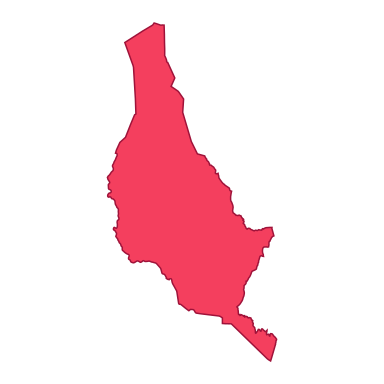 outline of Kilome, Eastern, Kenya
{"feature_id": "3690345B81435991527602", "entity_name": "Kilome", "entity_type": "district", "adm_level": 2, "iso_a3": "KEN", "parent_name": "Kenya", "parent_adm1": "Eastern", "projection": "equal_earth", "projection_center": [37.318, -1.832], "detail": "fine", "context": "isolated", "style": "filled", "palette": "rose", "viewbox_px": 384, "rotation_deg": 0, "n_neighbors": 0, "source": "geoboundaries", "source_scale": "gbopen_adm2", "svg_char_len": 6104}
<svg xmlns="http://www.w3.org/2000/svg" viewBox="0 0 384 384"><path d="M182.7,112.4L183.6,99.0L178.3,91.4L171.1,86.4L174.8,78.0L167.7,62.4L167.3,62.3L166.8,61.9L166.6,61.4L166.6,60.3L165.9,58.3L164.6,55.4L164.7,54.6L164.7,48.8L164.5,42.4L164.4,34.4L164.1,25.1L161.9,25.0L161.3,25.2L160.8,25.2L156.5,23.7L154.1,23.0L153.4,24.1L152.6,25.1L142.9,30.9L124.8,42.5L133.1,65.6L133.5,67.3L135.4,98.8L135.9,114.0L134.6,114.8L130.6,124.4L125.5,137.3L119.9,142.4L116.4,150.1L115.5,153.2L116.7,153.5L117.1,154.1L117.2,155.1L117.0,155.9L116.3,157.3L115.3,159.9L114.2,161.7L113.5,163.7L112.7,165.0L112.5,165.6L112.5,166.3L113.3,168.2L113.3,169.5L113.1,170.3L112.8,170.8L111.8,171.7L111.3,172.2L109.6,174.8L108.1,176.2L107.4,177.5L107.7,178.0L107.7,178.6L107.9,179.2L108.7,180.6L109.3,181.4L109.6,182.0L109.7,182.6L109.5,183.2L108.5,184.3L108.3,184.9L108.5,188.5L108.8,189.1L109.2,189.4L110.4,189.8L110.9,190.3L111.2,190.9L111.2,191.8L110.9,192.4L110.5,192.8L109.5,193.0L109.0,193.2L108.5,193.7L107.9,194.6L107.7,195.2L107.7,196.2L108.0,196.8L108.4,197.1L109.1,197.1L109.8,196.8L110.3,196.9L110.8,197.2L111.6,198.5L112.1,198.8L113.1,198.9L113.6,199.3L114.2,199.9L114.9,200.9L115.3,203.9L115.5,204.5L116.6,206.4L116.8,207.2L117.4,207.9L117.9,208.3L118.2,208.9L118.4,209.7L118.3,211.7L118.5,213.9L118.1,215.8L118.4,216.8L118.9,218.0L118.9,218.6L118.8,219.4L118.5,219.8L117.7,220.3L117.3,220.9L117.1,222.1L117.4,224.6L117.3,226.6L117.1,227.3L116.7,228.0L116.2,228.3L115.7,228.1L114.7,227.5L114.2,227.4L113.7,227.9L113.5,228.5L113.4,229.1L113.7,229.9L114.9,230.6L116.5,233.2L116.5,234.0L116.2,235.5L115.8,236.2L116.1,236.9L117.3,238.5L117.7,238.9L117.8,239.6L118.1,240.3L118.9,241.5L119.2,242.6L120.5,243.9L120.8,244.7L121.1,245.9L122.0,246.9L122.3,247.6L122.2,249.2L122.3,249.9L122.6,250.5L123.5,251.1L124.4,252.1L125.7,253.1L127.2,254.0L128.4,254.4L128.9,254.8L129.2,255.7L129.1,256.3L128.6,257.5L128.5,258.4L128.7,259.2L130.0,260.0L130.3,260.6L130.8,261.8L131.6,262.3L133.1,262.8L133.8,262.8L134.9,262.3L136.6,261.2L137.2,261.0L137.9,261.0L138.7,261.3L140.3,262.3L141.0,262.2L141.9,261.7L142.9,260.8L143.5,260.7L145.1,261.5L147.2,261.4L148.7,261.1L149.7,261.2L151.5,262.0L152.8,262.2L154.0,262.6L155.7,263.0L156.7,263.8L160.3,267.9L160.7,268.6L161.0,269.4L161.8,272.5L162.0,273.2L162.3,273.6L162.8,273.9L164.0,274.2L164.7,274.7L165.2,275.4L166.4,277.7L166.2,278.2L167.1,279.0L168.2,279.5L169.2,279.6L169.2,279.1L170.2,278.8L170.9,278.7L171.3,279.0L171.7,279.9L172.1,282.1L172.6,283.6L176.6,290.8L176.9,292.0L178.6,303.2L178.9,303.9L179.3,304.2L180.5,304.3L181.2,304.7L185.6,308.3L188.8,310.7L189.3,310.5L190.2,309.6L190.6,309.4L193.2,309.6L193.7,309.9L194.1,310.3L195.2,312.2L195.7,312.8L196.3,313.1L200.1,313.7L219.0,316.0L220.2,316.4L222.4,317.9L222.4,323.5L225.2,323.7L230.8,323.8L231.4,323.9L267.3,358.8L268.5,359.7L270.6,361.0L271.6,357.8L275.4,344.7L275.6,344.1L275.5,343.6L275.9,342.2L276.0,340.8L276.5,340.0L276.6,339.2L276.1,338.6L275.3,337.3L274.3,336.6L272.4,334.1L272.0,333.8L270.7,333.6L270.3,333.9L270.0,334.7L270.0,335.5L269.8,336.1L269.4,335.9L268.8,334.5L268.4,334.2L268.0,334.3L266.7,334.7L266.5,334.3L266.5,333.6L266.6,332.4L266.9,331.4L267.0,330.3L265.9,331.4L265.4,331.6L264.9,331.4L264.5,330.9L263.6,330.2L262.6,329.1L262.0,328.8L261.6,329.1L260.9,331.2L260.4,331.1L260.2,330.4L259.3,329.5L258.8,329.3L258.2,329.5L258.0,330.2L257.2,331.5L256.8,331.9L256.4,332.7L255.8,333.2L255.4,332.9L255.4,332.0L255.2,329.9L254.9,328.9L254.7,327.7L253.4,326.2L253.0,325.6L253.0,324.5L253.3,324.0L253.2,323.1L252.7,322.8L252.4,322.0L252.5,321.3L252.8,320.8L252.4,320.3L251.8,320.1L251.5,319.4L251.1,318.9L251.0,318.1L250.4,317.8L249.9,317.8L249.5,317.6L249.1,317.6L248.7,317.9L248.3,317.6L247.7,317.6L247.2,316.7L246.7,316.7L246.3,316.4L245.7,316.5L244.7,317.0L244.4,316.6L244.7,316.1L244.6,315.6L244.0,315.6L243.5,316.1L242.7,315.4L241.4,314.7L240.9,314.9L240.6,315.3L240.0,315.4L239.9,314.5L239.2,314.6L238.6,314.5L238.4,313.5L238.2,310.7L237.9,309.4L238.0,308.6L237.8,308.0L236.9,306.9L237.5,306.2L238.4,305.7L240.1,303.9L241.9,301.1L242.5,299.9L243.3,297.1L243.6,296.6L243.9,295.7L244.3,293.5L244.3,292.3L243.6,289.3L244.0,288.3L244.1,285.5L245.5,284.2L245.9,283.5L246.1,283.0L246.1,281.3L246.8,281.4L247.9,279.7L248.8,277.8L249.6,276.9L250.1,276.0L250.7,274.7L251.7,271.9L252.2,271.2L255.1,269.9L256.3,269.1L256.5,268.5L256.8,266.9L257.2,265.8L257.6,265.5L258.0,263.6L258.2,262.8L258.6,262.2L258.6,260.7L258.9,260.1L259.8,257.0L260.0,256.4L260.9,255.8L261.5,255.7L262.3,256.2L263.5,256.4L263.3,255.6L263.3,254.6L262.7,253.1L262.5,251.8L262.5,249.9L262.8,248.4L263.1,247.8L263.6,247.3L264.1,247.0L266.1,246.9L267.8,247.1L268.6,246.9L268.8,245.4L269.0,245.0L268.9,243.6L269.1,241.8L269.5,241.3L270.0,241.1L270.2,240.3L271.7,237.4L272.2,237.0L272.5,236.5L273.9,235.9L271.9,228.5L272.0,227.4L270.0,227.4L266.0,227.7L264.6,228.2L263.6,229.0L263.2,228.7L262.6,228.7L262.0,229.3L261.7,230.1L260.0,230.0L258.7,229.7L257.5,230.5L256.9,230.5L255.9,230.2L255.4,230.2L254.4,230.8L253.3,230.6L252.1,229.9L250.9,229.5L249.9,228.5L249.5,228.5L248.9,228.2L247.6,228.6L247.2,229.1L246.5,228.8L246.2,228.4L245.7,227.1L244.9,225.9L244.7,224.9L243.8,223.8L243.3,223.5L243.4,222.9L244.0,221.8L244.0,221.2L243.2,220.6L242.9,220.2L243.2,219.8L243.6,219.6L243.4,219.0L242.5,218.6L242.3,218.0L241.7,217.6L241.1,216.1L240.8,215.7L240.4,215.8L239.2,215.1L238.7,215.2L238.3,215.5L237.7,215.6L236.6,215.2L236.1,215.4L235.1,214.4L234.7,213.9L233.2,212.9L233.0,212.3L232.6,210.9L233.1,207.2L232.8,205.3L231.6,202.1L231.1,201.4L230.7,200.3L230.6,199.2L230.6,196.7L231.2,192.8L231.6,191.2L230.4,190.8L230.0,190.4L229.7,189.9L229.5,188.6L229.2,188.0L225.9,185.8L225.0,185.3L224.5,184.4L223.7,184.1L222.2,182.6L219.8,179.3L218.9,177.8L218.6,175.5L218.3,174.7L218.1,173.3L216.7,173.8L216.1,173.8L215.3,173.0L215.5,172.3L215.7,170.1L214.7,168.9L213.7,167.2L213.3,166.9L212.1,166.1L211.3,165.3L210.7,165.1L209.7,165.1L209.4,164.5L209.5,163.7L208.9,162.8L208.6,162.0L208.1,161.4L207.3,160.8L206.9,160.4L206.6,159.0L206.2,158.8L204.9,156.5L204.7,155.9L197.4,153.9L191.3,141.5L182.7,112.4Z" fill="#f43f5e" stroke="#9f1239" stroke-width="1.5"/></svg>